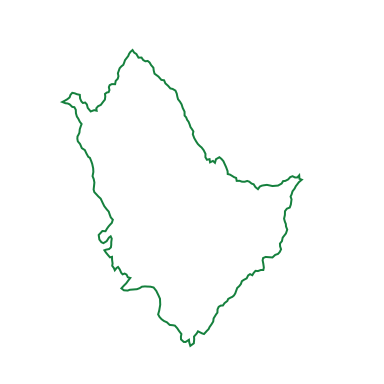 the district of Pindamonhangaba, São Paulo, Brazil, rotated 169°
{"feature_id": "56859067B24511577204159", "entity_name": "Pindamonhangaba", "entity_type": "district", "adm_level": 2, "iso_a3": "BRA", "parent_name": "Brazil", "parent_adm1": "São Paulo", "projection": "equal_earth", "projection_center": [-45.457, -22.887], "detail": "fine", "context": "isolated", "style": "outline", "palette": "green", "viewbox_px": 384, "rotation_deg": 169, "n_neighbors": 0, "source": "geoboundaries", "source_scale": "gbopen_adm2", "svg_char_len": 4061}
<svg xmlns="http://www.w3.org/2000/svg" viewBox="0 0 384 384"><g transform="rotate(169 192 192)"><path d="M115.5,118.8L115.9,121.8L115.5,124.6L113.1,126.6L111.7,129.9L107.7,133.4L105.7,136.9L106.3,140.3L106.0,142.7L106.5,145.2L106.7,148.3L105.2,151.7L104.4,155.4L102.1,157.5L99.0,158.1L97.4,160.8L95.7,165.8L96.1,168.7L94.7,170.6L93.2,173.5L90.6,175.8L89.0,177.9L87.5,179.2L85.3,181.2L81.9,183.1L84.0,184.5L83.6,187.9L85.8,186.2L88.1,186.6L90.3,188.3L92.7,187.9L95.2,186.0L98.3,185.1L100.5,185.3L102.4,183.2L106.3,181.9L109.1,182.2L111.9,182.5L114.2,183.5L117.1,184.7L120.4,184.9L122.2,184.9L124.4,184.4L126.7,182.2L128.8,184.7L130.0,187.8L131.9,188.9L133.8,191.2L135.7,192.3L138.3,192.0L141.0,192.6L143.2,193.9L146.0,194.4L146.0,197.4L147.8,198.5L149.7,200.3L151.5,201.9L153.5,202.8L153.1,205.7L153.8,210.0L154.6,213.3L155.3,216.3L156.8,218.9L158.5,220.9L162.2,219.6L163.9,216.3L165.5,218.5L168.6,217.7L168.5,220.9L171.2,220.8L172.2,223.6L171.5,226.9L172.6,230.9L174.1,233.9L175.5,235.6L177.1,238.0L178.3,240.9L179.5,244.4L180.2,248.5L179.1,251.2L180.0,253.6L181.1,256.0L181.4,258.6L182.0,261.7L183.0,263.7L183.5,266.4L184.7,268.4L184.0,272.3L185.1,276.4L185.5,280.0L186.6,283.0L188.0,285.7L188.2,288.3L188.2,291.5L188.9,294.7L191.4,296.9L193.5,297.8L195.2,300.8L197.4,303.7L198.1,307.0L200.7,307.9L202.9,311.7L206.2,315.3L206.4,318.3L206.2,321.4L207.9,324.3L208.9,327.2L210.5,329.1L212.8,329.2L214.7,330.8L215.9,333.6L218.9,334.1L220.3,338.1L222.2,339.9L223.3,342.7L225.8,341.2L227.5,339.5L228.6,337.7L232.6,334.2L233.9,331.9L235.2,329.9L237.4,328.8L239.4,327.3L242.1,322.7L242.1,319.7L243.3,317.3L245.7,315.6L246.9,312.5L250.1,313.2L252.4,312.6L253.6,310.8L253.6,307.8L254.8,305.9L256.6,305.9L258.7,304.9L258.9,302.3L259.9,299.3L261.8,297.7L264.9,294.9L267.9,294.1L270.0,292.4L270.1,290.0L272.4,291.0L276.1,290.4L278.3,294.5L278.5,298.0L279.8,300.2L282.1,300.2L283.3,302.0L284.0,305.1L283.6,308.8L286.4,310.0L288.2,311.2L290.6,312.2L292.7,310.6L294.1,308.2L296.8,306.8L299.7,305.8L302.1,305.1L299.3,303.3L297.1,302.6L295.4,301.4L293.3,298.4L291.3,297.7L290.4,294.9L290.9,291.4L290.6,288.0L289.7,285.9L288.7,282.3L287.4,279.8L288.5,278.0L290.2,275.0L291.2,271.7L292.4,270.0L293.8,268.4L294.4,266.1L294.4,263.5L292.7,260.4L291.8,256.1L289.2,253.6L288.3,250.0L287.1,246.3L285.7,245.0L285.0,241.4L284.6,238.6L284.5,234.0L285.0,230.5L286.6,226.5L286.0,223.5L286.0,220.0L286.8,217.3L288.1,213.2L287.9,210.5L286.0,207.5L284.8,205.5L282.9,202.9L281.8,198.5L280.8,194.8L278.9,191.0L277.5,188.7L277.1,185.6L276.6,182.6L275.0,179.9L276.6,177.0L278.7,175.5L280.5,174.1L282.5,172.2L284.4,170.0L287.4,170.8L291.8,167.6L292.0,163.0L290.5,160.0L288.7,158.7L285.2,160.0L282.2,163.1L280.3,164.0L279.7,161.5L280.8,158.3L281.4,155.4L282.2,153.1L284.3,151.8L287.3,151.8L289.1,151.5L288.1,149.1L286.6,146.3L285.0,143.5L282.9,143.6L283.4,140.6L283.6,137.0L284.4,134.8L283.2,132.3L282.7,129.9L280.6,131.8L278.9,132.5L277.7,129.8L276.9,126.2L275.8,124.4L273.7,124.8L272.0,123.4L271.3,120.6L269.0,119.4L271.2,117.5L274.0,114.9L276.7,113.1L279.7,110.9L277.6,108.5L273.9,107.5L271.8,107.9L264.6,107.1L261.7,107.6L259.2,108.6L256.2,108.3L253.5,107.6L250.9,107.0L247.9,105.6L245.9,101.7L245.3,99.4L244.6,96.8L243.8,93.3L244.7,87.4L246.8,81.9L248.6,78.3L247.7,75.5L246.2,73.0L244.1,70.7L241.5,68.9L239.3,65.8L236.0,64.8L234.3,64.1L232.5,61.1L231.3,58.2L229.5,54.6L230.5,52.1L230.9,49.4L228.7,46.4L226.9,46.0L223.2,47.5L223.4,45.1L223.0,41.3L219.1,43.1L218.0,46.8L217.6,49.7L214.4,52.2L212.7,54.1L209.1,51.3L207.3,50.3L203.7,53.0L201.9,54.2L200.5,56.1L198.1,58.4L195.9,60.8L194.9,63.8L191.6,67.4L190.1,68.7L189.3,72.0L187.7,74.2L185.5,75.0L183.3,74.7L181.3,76.7L178.1,78.3L176.9,80.1L174.5,80.9L172.4,81.4L170.6,82.4L168.9,84.2L167.6,86.4L165.9,89.2L163.7,90.5L161.6,92.3L160.1,94.9L158.1,95.8L154.8,96.8L152.8,99.4L150.7,100.3L148.7,98.8L146.9,100.8L144.7,102.5L142.4,101.8L139.4,102.3L136.9,101.8L135.9,104.1L135.7,108.0L135.7,111.5L134.8,113.6L132.1,114.2L128.5,113.2L125.5,112.4L122.3,114.4L119.4,114.8L117.3,116.4L115.5,118.8Z" fill="none" stroke="#15803d" stroke-width="2"/></g></svg>